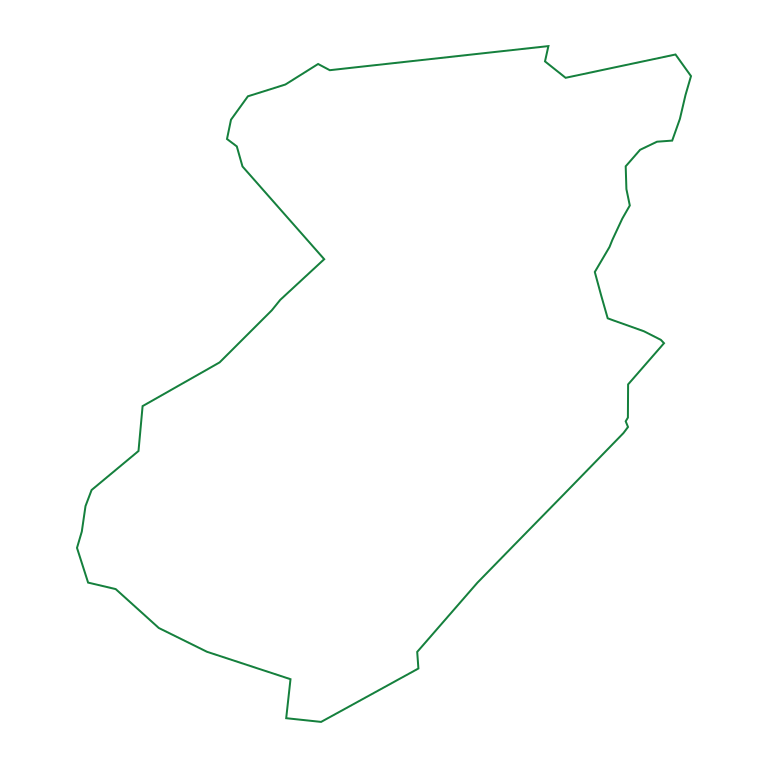 Middlesex, New Jersey, United States of America (Albers equal-area conic projection)
{"feature_id": "52423323B55507665446718", "entity_name": "Middlesex", "entity_type": "district", "adm_level": 2, "iso_a3": "USA", "parent_name": "United States of America", "parent_adm1": "New Jersey", "projection": "albers", "projection_center": [-74.38, 40.43], "detail": "fine", "context": "isolated", "style": "outline", "palette": "green", "viewbox_px": 768, "rotation_deg": 0, "n_neighbors": 0, "source": "geoboundaries", "source_scale": "gbopen_adm2", "svg_char_len": 853}
<svg xmlns="http://www.w3.org/2000/svg" viewBox="0 0 768 768"><path d="M286.2,718.2L321.1,721.9L418.4,668.5L417.2,651.9L477.4,582.7L513.6,545.6L566.2,491.9L623.5,433.0L628.0,427.0L625.7,421.3L627.9,417.6L628.1,384.4L664.0,343.2L660.9,339.9L644.0,331.3L613.4,320.4L607.7,318.3L601.1,295.2L594.8,272.0L609.5,247.0L612.4,239.8L622.3,218.6L629.8,205.5L626.4,189.1L625.7,166.3L640.1,149.8L657.0,141.7L672.2,140.6L679.9,118.9L685.5,95.0L691.0,76.1L675.5,54.5L565.6,77.8L545.0,61.4L548.4,46.1L497.4,51.7L468.3,54.9L355.8,67.3L329.8,70.2L318.1,64.0L285.4,84.5L247.9,96.3L231.0,119.7L227.0,139.0L236.8,146.4L242.5,166.5L324.2,259.2L280.2,299.9L271.8,310.3L219.6,362.4L142.6,406.1L138.5,451.0L91.6,490.0L85.5,506.1L81.8,531.6L77.0,547.9L88.1,582.6L115.7,589.1L158.8,628.0L207.0,651.8L290.5,679.2L286.2,718.2Z" fill="none" stroke="#15803d" stroke-width="2"/></svg>